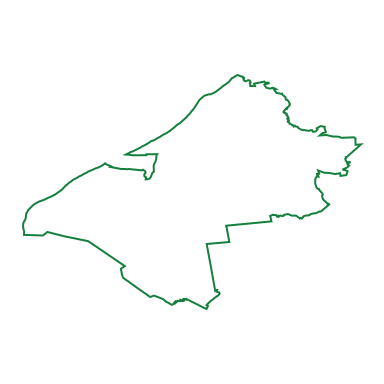 the district of Sakas pag., Pavilostas, Latvia
{"feature_id": "27541924B80625088425649", "entity_name": "Sakas pag.", "entity_type": "district", "adm_level": 2, "iso_a3": "LVA", "parent_name": "Latvia", "parent_adm1": "Pavilostas", "projection": "natural_earth1", "projection_center": [21.246, 56.856], "detail": "fine", "context": "isolated", "style": "outline", "palette": "green", "viewbox_px": 384, "rotation_deg": 0, "n_neighbors": 0, "source": "geoboundaries", "source_scale": "gbopen_adm2", "svg_char_len": 5953}
<svg xmlns="http://www.w3.org/2000/svg" viewBox="0 0 384 384"><path d="M361.0,144.4L355.6,144.8L355.4,140.8L355.6,138.6L354.0,137.3L342.0,137.8L340.7,137.6L339.4,136.9L336.3,136.5L332.7,136.5L326.4,135.0L319.7,135.5L322.6,133.0L325.0,132.6L325.6,132.4L325.9,132.1L325.8,131.4L325.3,130.6L324.4,128.0L324.5,127.5L324.7,126.8L320.6,126.1L316.7,128.3L317.5,129.4L315.8,131.4L313.1,131.8L312.4,130.9L312.2,130.3L310.5,130.1L309.2,130.9L304.5,130.1L302.1,130.0L300.4,129.3L300.1,129.0L298.1,127.9L297.8,126.9L297.6,126.8L295.2,126.3L294.5,126.2L294.0,126.4L294.0,126.1L294.2,125.7L293.7,125.7L293.1,125.4L292.4,125.4L292.4,125.0L291.9,124.8L291.6,124.5L289.5,123.7L289.4,122.6L289.2,122.3L287.9,121.9L287.7,121.4L288.7,120.5L288.0,119.8L287.4,118.8L288.4,118.6L288.0,117.9L288.4,117.5L287.9,116.5L287.6,116.4L287.5,115.8L286.5,115.3L286.5,115.2L286.9,114.7L286.8,114.1L286.1,113.5L285.6,113.5L285.3,112.8L284.2,112.9L283.5,112.0L283.9,111.5L283.9,111.0L285.8,108.9L286.4,108.8L286.9,109.0L287.1,108.8L286.5,108.1L286.6,107.9L287.2,107.8L288.0,106.9L288.5,106.6L288.8,106.1L289.1,106.0L289.3,105.7L289.4,105.4L289.7,105.1L289.8,104.9L289.6,104.3L289.9,104.0L288.4,101.1L287.0,99.7L286.4,99.8L285.9,99.6L285.6,98.7L285.5,97.2L282.5,94.8L282.1,93.7L281.1,93.8L276.4,92.9L273.9,89.4L275.9,89.1L274.2,88.2L272.5,87.7L270.2,88.7L266.3,87.7L264.3,84.8L265.7,83.8L266.7,83.9L268.7,83.4L268.7,82.8L268.3,82.7L265.4,82.7L264.7,82.3L264.4,81.6L254.0,83.7L255.0,86.1L250.3,86.0L250.2,83.8L249.9,83.5L250.5,82.5L250.1,82.2L250.4,81.8L249.8,80.7L249.0,80.3L248.3,80.2L245.5,81.3L244.5,80.8L243.8,80.3L243.7,80.1L243.9,79.3L243.8,78.4L244.1,77.9L243.9,77.7L243.1,78.1L242.6,76.6L241.6,76.3L241.3,76.5L240.6,76.3L237.5,75.0L235.3,76.2L232.5,78.1L231.9,78.2L229.4,81.2L227.8,82.8L225.6,84.4L223.3,85.8L221.1,87.6L220.9,87.9L216.1,91.5L213.5,93.1L211.5,93.9L210.3,94.3L208.5,94.4L204.7,95.6L203.8,96.1L199.4,100.0L197.8,102.6L193.8,108.7L192.0,110.7L189.7,113.8L188.0,115.3L186.2,117.5L180.9,122.3L179.0,123.8L178.1,124.1L176.9,125.0L174.5,127.2L172.1,129.1L169.7,131.1L168.9,131.5L167.1,132.8L162.2,135.3L160.0,136.9L157.1,138.3L155.0,139.7L153.4,140.5L151.7,140.9L151.2,141.1L149.5,142.4L145.2,145.0L141.9,146.5L141.2,147.1L135.4,150.1L131.7,151.8L130.8,151.8L129.5,152.8L125.7,154.6L126.3,154.7L128.1,154.6L132.6,155.3L146.4,155.2L146.4,154.3L157.2,154.2L156.6,155.1L156.4,155.8L156.4,158.1L155.9,160.2L155.4,161.8L154.1,164.2L153.8,165.3L153.6,166.3L153.8,168.2L153.8,171.8L152.7,172.5L152.3,173.1L150.5,177.6L149.5,178.6L147.7,179.2L145.7,179.4L145.8,178.3L146.1,177.5L145.9,177.1L144.5,176.4L144.3,175.7L144.3,174.6L144.4,174.1L145.5,172.8L145.4,171.9L145.0,171.1L143.0,169.7L141.8,170.2L141.8,170.3L141.4,170.3L128.6,169.0L127.8,169.2L126.3,169.2L125.5,169.0L121.2,169.0L110.6,167.0L111.5,166.5L110.1,165.8L107.6,165.0L105.9,164.0L105.1,163.3L104.5,163.9L102.8,165.1L100.3,166.5L97.8,167.7L95.5,168.4L92.4,169.9L88.5,171.4L86.4,172.8L83.5,174.1L81.9,175.2L79.0,176.5L77.4,177.6L73.8,179.4L72.7,180.1L71.2,181.4L70.2,182.1L68.4,183.2L67.4,184.4L65.7,185.6L62.1,189.5L60.8,190.4L59.7,191.3L54.8,194.7L51.1,196.6L48.1,197.8L45.5,199.2L42.6,200.4L39.1,201.5L35.1,203.7L32.9,205.3L31.3,207.0L28.7,209.5L28.2,210.1L26.7,212.9L26.3,213.4L26.1,214.2L25.7,218.3L25.1,219.8L24.3,221.1L23.4,223.0L23.1,224.2L23.2,225.6L23.0,226.1L23.6,229.8L24.2,231.7L23.9,233.7L24.1,234.2L24.0,234.9L42.9,235.5L47.4,232.0L64.4,236.3L88.2,241.2L124.8,266.1L120.9,268.7L121.8,273.8L122.3,275.5L123.2,277.9L130.7,283.2L136.8,287.6L150.2,297.0L153.9,295.6L158.0,297.1L163.3,299.2L165.8,301.6L167.4,302.3L171.7,304.8L171.8,304.7L172.8,304.4L173.2,304.2L173.7,304.1L173.9,303.3L174.3,303.3L174.2,303.1L174.3,303.0L174.7,303.0L174.4,302.5L175.0,302.0L175.3,302.0L175.1,301.7L175.6,301.3L176.0,301.6L176.0,301.3L176.7,301.5L176.7,301.3L177.6,301.2L177.7,300.8L178.2,300.8L178.2,301.1L178.4,301.1L178.8,301.0L178.6,300.8L178.9,300.7L179.1,301.0L179.4,300.8L179.7,301.0L180.2,300.6L180.4,300.8L180.7,300.7L180.7,300.4L180.9,300.6L180.8,300.8L180.9,301.0L181.6,301.0L181.3,300.8L181.9,300.6L182.2,300.6L182.2,300.4L182.6,300.3L182.3,300.1L182.7,300.0L183.3,300.1L183.1,299.8L183.4,299.8L183.3,299.5L184.5,299.5L184.6,299.3L184.5,299.1L185.5,299.3L185.5,299.5L185.9,299.6L185.9,299.3L186.1,299.1L185.7,298.9L186.0,298.8L206.3,309.0L206.5,309.0L208.0,306.0L206.6,305.1L207.2,304.5L207.2,304.3L210.9,300.8L213.2,299.2L214.3,298.1L218.4,295.3L219.7,293.6L219.0,292.3L217.8,292.2L216.7,291.7L216.4,291.0L217.1,290.3L217.2,290.0L216.7,290.0L215.2,290.9L211.1,267.9L206.7,244.0L229.3,242.0L226.3,225.8L226.2,225.8L226.2,225.7L271.4,221.4L270.2,215.9L273.0,214.7L273.4,215.0L276.3,215.1L276.6,216.1L277.0,216.6L278.6,216.9L278.8,216.8L278.9,216.6L278.3,216.0L278.5,215.7L279.2,215.8L280.8,215.6L281.5,215.9L282.7,216.1L283.7,215.6L283.7,214.9L283.9,214.8L288.0,214.1L289.0,214.4L290.4,215.1L291.9,215.6L293.1,215.7L294.5,215.5L296.3,215.8L298.1,217.2L299.0,217.7L299.7,218.4L299.9,218.1L300.2,218.0L300.7,218.1L301.4,218.6L301.9,218.4L302.5,217.5L303.1,217.3L303.3,216.5L304.4,215.9L306.7,215.4L308.4,215.4L309.6,215.1L310.0,214.4L312.6,213.6L314.0,213.3L315.8,213.3L319.7,211.4L320.5,211.6L321.7,210.9L321.8,210.7L327.9,205.6L327.7,205.1L329.2,204.5L328.8,203.8L328.0,203.8L326.8,202.9L325.5,201.6L323.0,199.4L322.0,196.2L322.1,195.9L322.8,194.5L322.3,193.4L319.0,189.7L319.1,189.1L318.7,188.9L318.5,189.0L318.1,189.0L317.4,188.5L316.4,187.4L316.3,186.6L315.5,184.7L315.2,183.3L315.3,179.1L315.5,178.3L316.8,176.5L318.4,176.6L317.2,174.8L318.0,174.5L317.4,173.8L319.2,173.5L318.1,170.4L324.0,172.7L329.8,173.0L335.0,174.1L340.1,173.2L340.5,175.9L346.2,175.1L347.6,171.3L347.5,171.1L344.9,170.1L343.2,169.7L343.1,169.3L344.5,168.6L346.1,168.0L347.6,167.1L347.9,166.6L349.1,165.5L347.7,164.7L347.2,163.2L348.3,163.5L348.6,163.2L348.8,162.8L349.8,162.5L349.7,162.0L347.0,162.3L345.5,160.0L345.3,158.5L346.4,157.6L346.1,157.1L346.7,157.0L349.8,154.3L361.0,144.4Z" fill="none" stroke="#15803d" stroke-width="2"/></svg>